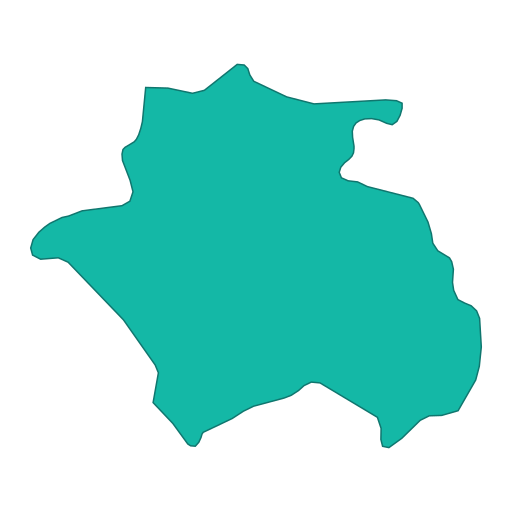 Constantine, Natural Earth projection
{"feature_id": "DZA-2217", "entity_name": "Constantine", "entity_type": "Province", "adm_level": 1, "iso_a3": "DZA", "parent_name": "Algeria", "parent_adm1": "", "projection": "natural_earth1", "projection_center": [6.733, 36.357], "detail": "fine", "context": "isolated", "style": "filled", "palette": "teal", "viewbox_px": 512, "rotation_deg": 0, "n_neighbors": 0, "source": "natural_earth", "source_scale": "10m", "svg_char_len": 1501}
<svg xmlns="http://www.w3.org/2000/svg" viewBox="0 0 512 512"><path d="M413.1,198.3L418.2,202.6L419.3,204.3L428.0,222.1L431.4,233.7L432.8,243.2L437.8,250.8L449.5,257.9L451.7,261.7L453.4,269.2L452.5,282.4L453.7,290.4L457.9,299.6L464.7,303.1L471.2,305.8L476.6,310.9L479.6,318.4L481.3,347.0L479.3,366.3L475.7,380.0L458.1,410.7L441.7,415.4L429.3,415.8L420.2,420.3L401.8,438.3L388.9,447.6L382.6,446.3L380.9,439.5L381.1,428.4L377.4,417.3L320.0,382.9L311.3,382.1L304.0,385.6L298.7,390.4L291.4,395.2L284.2,398.0L253.6,406.2L243.4,411.2L232.2,418.5L203.2,432.3L202.0,434.1L201.0,437.5L198.8,442.3L195.3,446.2L190.6,445.8L187.8,444.0L172.8,423.4L153.1,402.6L158.4,372.8L155.2,365.0L123.5,319.9L68.1,262.2L58.3,257.8L40.6,259.2L32.6,255.1L30.7,248.0L33.1,239.6L38.9,232.2L44.7,227.1L49.9,223.4L62.0,217.5L68.4,216.1L82.2,210.8L122.0,205.7L129.9,201.2L133.0,191.8L130.1,180.3L122.5,160.5L122.0,154.1L123.0,149.5L125.1,147.3L134.1,141.9L136.4,139.3L138.7,134.8L140.8,128.4L142.4,121.7L145.7,87.5L167.9,88.1L192.5,93.3L204.4,90.3L237.2,64.4L244.2,65.0L247.8,68.6L249.8,74.9L253.8,81.3L286.7,96.9L314.0,103.9L385.7,99.9L396.5,100.7L402.1,103.2L402.1,108.3L400.1,115.3L396.9,121.4L392.2,124.7L386.6,123.3L379.0,119.9L371.6,118.6L364.8,118.9L359.8,120.5L356.1,122.9L353.6,126.4L352.3,131.2L352.6,137.3L354.0,146.2L354.0,148.6L353.5,152.8L351.9,156.2L348.8,159.4L344.6,162.7L340.8,167.2L339.2,172.3L341.4,177.8L348.1,180.8L357.6,181.9L367.4,186.6L413.1,198.3Z" fill="#14b8a6" stroke="#0f766e" stroke-width="1.5"/></svg>